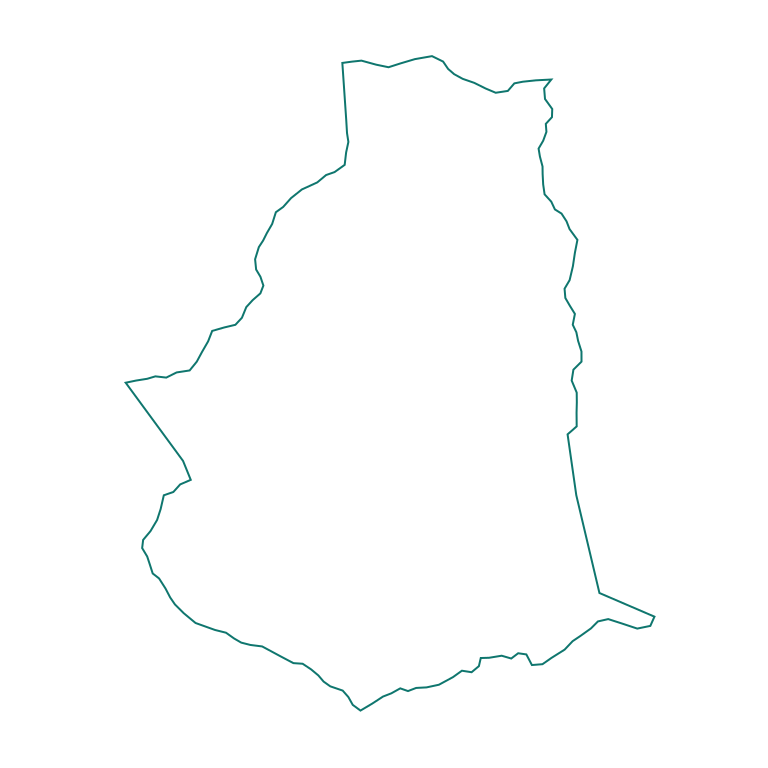 Ararendá, Ceará, Brazil, rotated 87°
{"feature_id": "56859067B76169954985476", "entity_name": "Ararendá", "entity_type": "district", "adm_level": 2, "iso_a3": "BRA", "parent_name": "Brazil", "parent_adm1": "Ceará", "projection": "robinson", "projection_center": [-40.751, -4.776], "detail": "fine", "context": "isolated", "style": "outline", "palette": "teal", "viewbox_px": 768, "rotation_deg": 87, "n_neighbors": 0, "source": "geoboundaries", "source_scale": "gbopen_adm2", "svg_char_len": 2136}
<svg xmlns="http://www.w3.org/2000/svg" viewBox="0 0 768 768"><g transform="rotate(87 384 384)"><path d="M708.9,424.6L702.5,412.4L696.1,401.4L693.3,392.9L688.8,383.7L691.9,376.1L689.2,367.8L689.2,357.4L687.2,344.9L680.3,330.4L674.4,321.2L676.4,311.6L670.7,304.0L662.7,301.7L662.9,293.4L661.5,280.7L664.8,271.3L659.9,264.1L661.5,256.0L672.4,251.0L672.1,240.4L666.3,231.1L658.7,217.5L650.7,209.1L646.1,201.4L638.9,190.1L632.3,182.8L630.5,172.4L635.6,159.0L641.5,143.9L639.5,130.7L630.5,126.1L604.0,179.8L505.1,197.8L443.9,203.3L436.4,193.8L422.7,193.2L412.4,192.4L402.7,192.0L390.4,196.4L379.6,194.1L372.0,185.6L361.9,185.1L351.1,187.9L342.4,189.2L334.7,192.4L324.0,189.7L315.6,194.3L307.6,198.4L298.3,198.7L290.0,193.2L276.3,189.2L263.0,186.5L250.2,183.3L239.0,190.6L231.1,193.2L223.1,197.8L218.6,204.2L210.7,207.4L203.0,213.7L193.0,214.6L182.6,214.6L175.1,214.3L165.0,216.4L157.0,217.3L149.4,212.3L140.7,208.6L132.7,208.8L126.3,202.3L118.2,201.6L107.8,208.3L97.2,208.6L88.7,201.0L88.7,216.4L89.4,229.6L90.6,238.1L97.8,245.0L99.0,257.2L94.2,267.1L88.0,278.1L83.4,289.4L78.3,297.7L72.7,303.5L65.1,308.1L59.1,318.9L61.2,336.2L64.7,350.7L67.9,362.9L64.7,375.1L59.9,389.6L60.4,399.1L61.2,408.8L118.2,407.9L131.5,407.8L140.4,406.9L150.8,409.7L163.1,411.8L169.8,422.3L172.3,430.9L179.2,440.1L185.4,455.8L193.5,467.1L201.9,475.4L206.8,483.0L218.3,487.3L227.2,493.1L234.4,497.2L240.7,501.8L252.7,506.2L263.0,505.7L270.4,501.8L279.4,499.3L287.0,502.7L293.4,510.8L300.0,517.5L310.4,522.4L317.1,529.3L319.2,540.7L322.0,552.8L332.2,557.4L342.7,564.2L351.9,569.8L360.3,577.4L361.6,590.5L366.2,601.1L364.4,611.9L366.4,620.2L367.6,631.5L369.2,641.9L450.3,588.7L469.6,582.0L473.6,592.8L480.8,600.0L483.6,609.7L497.2,613.6L507.9,617.7L518.7,624.9L527.1,632.7L535.2,634.1L543.9,629.5L551.6,627.4L561.1,624.9L566.4,618.8L576.8,612.9L586.0,608.7L593.2,604.3L602.4,596.0L612.8,584.7L617.2,574.2L620.8,565.6L624.1,554.8L630.3,547.0L634.8,540.1L637.6,531.1L639.7,519.4L650.4,501.8L658.0,489.1L659.1,479.9L665.2,471.7L671.6,464.8L678.0,459.9L683.1,453.5L688.0,441.3L694.7,436.0L702.8,432.0L708.9,424.6Z" fill="none" stroke="#0f766e" stroke-width="2"/></g></svg>